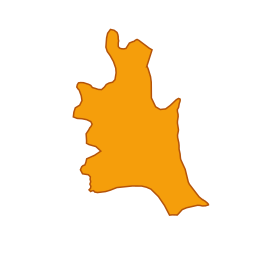 Nassarawa, Albers equal-area conic projection, rotated 251°
{"feature_id": "NGA-2867", "entity_name": "Nassarawa", "entity_type": "State", "adm_level": 1, "iso_a3": "NGA", "parent_name": "Nigeria", "parent_adm1": "", "projection": "albers", "projection_center": [8.322, 8.561], "detail": "fine", "context": "isolated", "style": "filled", "palette": "amber", "viewbox_px": 256, "rotation_deg": 251, "n_neighbors": 0, "source": "natural_earth", "source_scale": "10m", "svg_char_len": 1938}
<svg xmlns="http://www.w3.org/2000/svg" viewBox="0 0 256 256"><g transform="rotate(251 128 128)"><path d="M226.9,143.5L224.9,146.7L221.9,148.7L219.8,148.8L217.7,148.5L215.5,147.8L213.4,147.5L211.7,146.5L208.1,145.3L206.2,146.1L205.0,147.8L204.2,149.7L203.9,152.0L207.9,157.0L208.1,160.8L208.0,162.1L208.6,163.5L208.8,165.4L207.3,166.8L196.6,174.0L194.1,176.2L180.0,165.7L180.0,166.1L177.3,166.3L169.1,166.0L163.8,164.9L148.8,159.9L139.1,161.0L135.0,164.5L133.8,169.8L135.5,175.1L139.0,182.8L139.5,185.4L138.5,186.6L138.0,186.6L137.1,186.3L136.2,185.8L134.4,184.4L131.0,182.5L129.3,180.6L127.1,180.0L124.7,179.8L122.4,179.1L118.4,177.0L116.4,176.3L110.2,175.2L108.9,174.7L105.2,172.5L102.7,171.8L97.5,171.2L94.9,170.6L91.4,169.4L86.6,168.8L82.9,167.9L82.0,167.7L80.7,167.6L70.3,168.6L57.3,167.4L54.8,167.7L39.9,172.7L36.0,175.0L36.0,175.4L35.4,175.6L34.0,176.9L31.4,178.5L29.7,179.2L29.1,179.0L29.2,175.9L30.1,172.9L31.4,170.8L32.3,168.5L33.5,157.5L33.2,152.7L29.7,146.3L31.5,141.5L32.1,138.9L42.8,137.3L53.2,134.5L62.7,129.8L66.0,126.2L68.6,122.1L71.8,113.1L75.3,98.1L75.0,90.8L75.2,86.1L76.9,78.1L78.3,75.7L79.1,75.4L80.0,74.9L80.3,73.4L80.1,72.0L82.2,71.0L83.2,72.9L85.0,73.9L87.4,73.7L89.2,75.2L90.4,75.4L91.6,75.4L94.1,76.5L96.7,75.3L99.5,70.1L104.0,69.4L106.4,71.6L107.1,73.3L107.1,75.2L109.4,77.1L112.3,78.9L113.1,87.6L115.0,94.8L120.9,91.6L125.1,85.6L127.1,83.8L129.5,84.7L136.1,86.5L139.1,90.4L140.5,91.8L141.5,93.5L143.3,95.3L146.2,94.9L149.3,91.7L151.7,87.6L153.6,83.1L156.3,79.9L160.6,82.0L164.2,84.7L165.3,89.8L168.9,93.4L173.7,94.3L178.7,94.2L180.0,94.1L181.1,93.5L183.4,92.9L185.5,94.2L186.8,95.9L186.4,98.0L185.3,100.7L182.2,104.9L180.5,106.6L177.8,107.5L176.0,110.1L174.2,112.4L172.9,115.5L174.4,119.1L176.2,121.6L176.7,124.7L176.3,128.3L177.9,131.4L184.0,134.7L188.5,135.9L195.5,135.9L202.3,134.7L207.0,133.3L211.6,133.4L220.2,137.1L224.2,139.6L226.9,143.5Z" fill="#f59e0b" stroke="#b45309" stroke-width="1.5"/></g></svg>